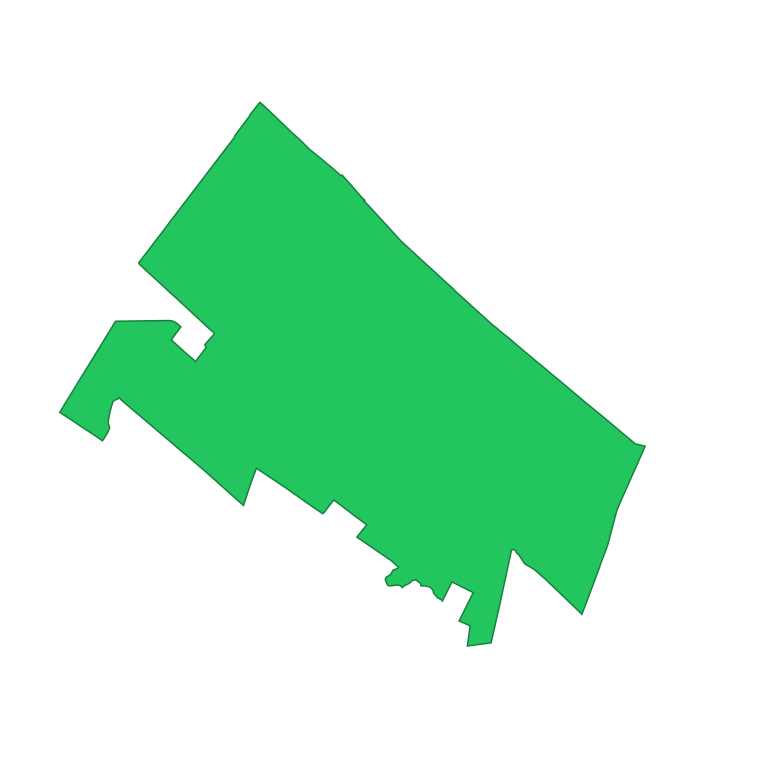 Ulmu, Braila, Romania, rotated 116°
{"feature_id": "2599482B28846131553928", "entity_name": "Ulmu", "entity_type": "district", "adm_level": 2, "iso_a3": "ROU", "parent_name": "Romania", "parent_adm1": "Braila", "projection": "robinson", "projection_center": [27.32, 44.93], "detail": "fine", "context": "isolated", "style": "filled", "palette": "green", "viewbox_px": 768, "rotation_deg": 116, "n_neighbors": 0, "source": "geoboundaries", "source_scale": "gbopen_adm2", "svg_char_len": 4971}
<svg xmlns="http://www.w3.org/2000/svg" viewBox="0 0 768 768"><g transform="rotate(116 384 384)"><path d="M382.5,657.6L383.2,657.0L383.4,656.8L385.3,650.7L386.0,648.6L387.4,643.7L389.2,637.6L390.0,635.0L396.4,613.7L397.8,608.6L397.8,608.4L398.1,607.4L398.5,606.4L401.1,597.7L403.1,591.4L405.3,584.0L407.8,575.6L409.5,570.2L411.3,564.2L412.5,559.5L412.8,559.0L413.2,558.7L413.5,558.7L413.9,558.7L414.4,558.8L423.1,561.2L427.0,562.2L427.3,562.2L427.8,561.9L429.4,559.7L431.3,560.3L439.9,562.0L446.3,563.3L443.6,573.6L442.2,578.7L440.8,583.5L439.4,588.2L437.6,594.4L433.5,593.8L430.7,593.3L427.4,592.7L424.2,592.1L421.7,591.6L421.2,593.3L420.8,594.6L420.2,596.8L420.1,598.9L420.0,599.8L420.1,601.1L420.4,602.6L420.9,604.2L421.4,605.5L421.7,606.1L429.7,621.9L444.3,650.9L445.3,652.8L483.1,656.4L519.3,660.0L522.3,660.2L525.2,660.5L534.2,661.4L542.5,662.2L543.8,662.3L549.6,662.8L551.6,663.0L552.0,659.9L554.0,644.4L554.9,638.2L557.3,619.7L558.5,612.2L557.8,612.1L554.9,611.6L550.3,611.2L544.2,611.2L543.7,611.3L543.3,611.6L539.5,615.2L533.8,616.8L529.5,618.0L524.2,619.0L519.5,619.7L518.6,619.7L517.4,619.5L513.7,616.4L513.1,616.4L512.7,616.3L512.5,616.2L512.3,616.1L512.3,615.8L512.4,615.6L512.8,614.9L513.3,614.0L516.9,600.2L520.8,584.8L523.4,574.6L525.8,565.3L529.6,550.4L532.3,540.1L534.4,531.5L536.6,522.9L541.0,506.0L545.7,489.3L550.1,473.9L551.2,469.9L554.8,457.0L533.0,460.0L515.7,461.7L516.5,455.8L518.3,442.5L520.5,426.6L523.7,406.6L523.8,405.8L524.5,402.0L525.0,398.7L525.6,395.0L525.6,394.8L527.0,385.2L527.1,384.5L527.5,382.7L527.3,382.4L527.0,382.0L526.5,381.7L519.3,380.2L510.3,378.3L512.6,366.3L513.3,362.9L514.0,359.2L514.8,355.7L515.5,352.1L516.2,348.4L516.8,344.9L517.4,341.6L518.1,337.8L533.4,341.3L533.6,340.7L536.6,320.3L536.7,319.8L538.7,306.4L539.3,302.6L539.3,301.8L539.5,300.4L539.6,300.2L541.4,293.9L541.6,293.6L541.6,293.2L541.8,292.2L542.1,290.5L542.9,290.6L545.1,292.0L545.7,292.6L546.0,293.2L546.4,293.6L546.8,294.0L547.7,294.3L548.5,294.4L549.3,294.4L549.8,294.4L550.6,294.4L551.3,294.5L552.0,294.7L553.0,295.0L553.9,295.5L554.5,295.9L555.3,296.4L556.0,296.9L556.4,297.2L556.8,297.4L557.2,297.4L557.4,297.5L557.8,297.4L558.3,297.4L558.9,297.1L559.7,296.7L560.5,295.8L561.2,294.9L561.4,294.7L561.6,294.5L562.6,293.5L563.1,292.9L563.2,292.4L563.2,291.2L563.0,290.4L562.5,289.6L561.8,288.5L559.7,285.2L559.0,284.1L558.7,283.5L558.4,282.8L558.2,282.1L558.2,281.5L558.3,280.6L558.4,279.6L558.7,278.8L558.9,278.3L558.1,278.0L557.4,277.7L556.7,277.4L556.1,277.1L555.6,276.8L555.5,276.7L555.4,276.5L555.2,276.3L554.5,275.7L554.0,275.3L553.6,275.0L553.0,274.6L552.4,274.2L551.8,273.8L551.3,273.5L550.5,273.2L549.9,273.0L549.2,272.7L548.5,272.4L548.1,272.1L547.6,271.7L547.3,271.3L547.0,271.0L546.8,270.7L546.6,270.3L546.4,269.7L545.8,269.3L546.3,268.6L546.5,268.1L546.6,267.5L546.7,266.6L547.2,264.1L547.6,263.3L548.0,263.0L548.5,262.8L549.0,262.7L549.0,262.3L549.0,261.9L548.9,261.4L548.7,260.9L548.5,260.5L548.1,259.9L547.8,259.2L547.6,258.7L547.4,258.3L547.3,257.8L547.2,257.3L547.1,256.7L547.0,256.2L546.8,255.8L546.6,255.1L546.5,254.6L546.5,254.2L546.5,253.7L546.6,253.2L546.7,252.7L546.8,252.3L547.1,251.2L547.9,249.6L548.4,249.1L550.2,247.8L552.4,242.7L552.6,241.6L552.7,239.9L552.7,238.3L553.5,236.4L532.1,236.1L532.4,212.4L547.5,212.5L564.1,212.6L563.6,200.6L582.9,194.2L569.7,174.3L532.9,182.9L477.3,196.6L477.0,196.6L476.5,195.9L476.0,194.8L475.9,193.9L476.1,193.0L476.7,191.9L477.5,191.0L478.0,190.1L478.5,187.7L479.1,186.8L480.3,185.0L481.9,182.1L483.5,179.7L483.9,178.6L484.9,167.2L488.2,155.6L488.1,155.3L493.1,139.7L504.0,105.7L504.3,105.2L488.1,106.6L471.8,108.2L459.5,109.4L458.6,109.5L453.6,110.0L452.6,110.2L451.6,110.4L450.7,110.5L438.3,111.6L430.8,112.3L421.7,114.1L403.2,117.8L395.5,119.3L388.1,119.7L386.6,119.8L337.3,121.5L330.0,121.8L328.6,121.9L325.4,122.0L325.7,123.2L327.3,130.6L327.6,131.9L325.0,142.5L318.1,170.3L317.0,174.5L312.4,194.3L308.1,211.2L306.3,218.5L305.0,223.6L301.2,239.2L297.7,253.2L297.6,253.9L296.2,259.7L292.1,276.0L287.8,292.7L285.9,301.6L284.3,307.2L283.3,312.1L282.1,316.5L276.0,337.4L272.5,349.3L270.4,356.5L269.9,358.6L268.7,362.3L268.3,362.9L266.0,371.1L264.2,377.1L262.1,384.0L260.8,388.2L260.3,390.2L258.8,395.2L258.2,397.4L257.1,401.0L255.0,408.2L251.2,420.7L249.8,425.6L248.1,431.3L247.5,432.8L245.1,438.8L242.9,444.3L237.3,458.6L232.3,471.3L229.8,477.7L228.4,482.1L227.2,481.7L227.0,482.6L226.9,483.0L226.7,483.8L226.5,484.6L220.8,498.1L214.6,513.2L215.6,514.2L214.4,518.2L213.6,521.2L210.9,531.8L208.2,542.9L205.8,553.7L201.1,567.2L198.7,576.2L198.3,577.2L197.4,580.2L196.2,583.9L195.1,587.3L189.6,604.4L188.9,606.4L187.1,612.5L186.1,615.8L185.8,616.8L185.5,617.9L185.3,618.5L185.2,618.8L185.2,619.0L187.0,619.5L192.1,620.6L196.5,621.5L197.2,621.7L200.9,622.5L201.8,622.3L226.3,626.9L227.2,626.6L228.0,626.6L275.2,636.1L276.4,636.3L293.8,639.8L308.2,642.7L322.6,645.6L346.5,650.3L370.4,655.1L379.8,657.0L381.1,657.3L382.5,657.6Z" fill="#22c55e" stroke="#15803d" stroke-width="1.5"/></g></svg>